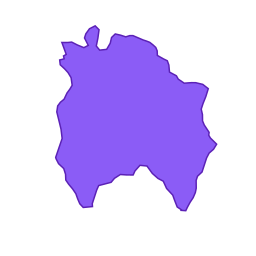 Suncheon-si, South Jeolla, South Korea, rotated 198°
{"feature_id": "91817680B16002130574290", "entity_name": "Suncheon-si", "entity_type": "district", "adm_level": 2, "iso_a3": "KOR", "parent_name": "South Korea", "parent_adm1": "South Jeolla", "projection": "mercator", "projection_center": [127.399, 35.008], "detail": "fine", "context": "isolated", "style": "filled", "palette": "violet", "viewbox_px": 256, "rotation_deg": 198, "n_neighbors": 0, "source": "geoboundaries", "source_scale": "gbopen_adm2", "svg_char_len": 1515}
<svg xmlns="http://www.w3.org/2000/svg" viewBox="0 0 256 256"><g transform="rotate(198 128 128)"><path d="M52.0,66.1L47.5,67.2L47.0,71.1L46.0,76.5L44.5,81.9L44.0,87.4L44.5,91.8L47.0,99.2L47.0,103.6L44.0,109.0L44.0,117.4L44.0,123.8L43.1,129.2L40.1,134.2L38.7,140.0L46.5,143.9L49.0,146.1L49.5,148.9L56.4,154.4L59.3,157.8L61.3,163.7L64.2,168.6L64.2,174.6L63.7,181.9L63.8,190.2L70.4,192.6L77.7,192.0L81.5,190.8L88.4,188.0L95.3,190.0L98.1,192.6L105.8,194.0L108.6,200.5L111.4,204.1L115.8,204.7L122.5,206.1L124.1,210.4L126.5,213.2L130.0,214.8L133.8,216.2L137.4,216.4L140.7,216.4L151.9,217.4L154.9,216.4L158.3,214.0L163.7,214.0L169.2,213.5L171.6,209.0L171.1,203.1L172.6,196.2L179.0,193.3L183.5,196.2L184.4,204.1L185.9,212.5L190.8,215.0L195.3,210.5L197.2,204.6L197.2,200.2L191.3,194.3L194.8,190.8L201.7,191.3L208.1,192.3L211.5,190.8L214.5,189.8L217.3,188.9L217.2,188.8L209.5,178.9L211.6,176.6L210.1,174.1L212.2,172.7L214.0,171.6L212.0,167.2L206.6,164.7L202.2,162.2L197.7,158.3L194.3,151.4L195.3,147.0L196.8,142.5L197.7,135.6L200.2,131.7L201.7,127.3L200.7,121.3L194.3,111.0L191.3,106.1L187.4,97.7L187.7,77.7L186.9,76.5L183.0,72.6L176.6,69.6L173.1,64.7L171.1,59.3L167.2,56.3L161.8,52.9L157.3,49.4L153.9,45.0L150.4,41.0L146.0,38.6L137.5,42.3L138.6,45.0L138.6,51.9L138.6,59.3L138.1,64.2L127.3,71.1L125.3,76.0L120.9,81.4L115.0,82.9L108.6,84.9L108.1,89.3L105.1,96.2L98.2,97.7L90.8,92.3L83.9,89.3L78.0,88.3L72.6,82.4L64.7,78.0L61.3,73.6L56.8,68.1L51.9,66.7L52.0,66.1Z" fill="#8b5cf6" stroke="#5b21b6" stroke-width="1.5"/></g></svg>